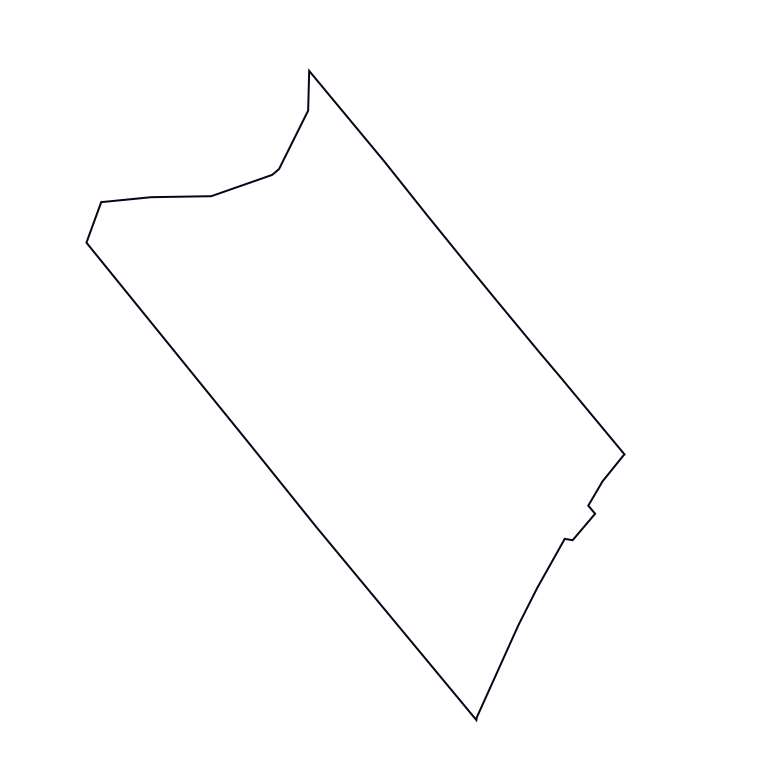 Porter, Indiana, United States of America, rotated 141°
{"feature_id": "52423323B69237488577242", "entity_name": "Porter", "entity_type": "district", "adm_level": 2, "iso_a3": "USA", "parent_name": "United States of America", "parent_adm1": "Indiana", "projection": "mercator", "projection_center": [-87.097, 41.465], "detail": "fine", "context": "isolated", "style": "outline", "palette": "ink", "viewbox_px": 768, "rotation_deg": 141, "n_neighbors": 0, "source": "geoboundaries", "source_scale": "gbopen_adm2", "svg_char_len": 524}
<svg xmlns="http://www.w3.org/2000/svg" viewBox="0 0 768 768"><g transform="rotate(141 384 384)"><path d="M526.3,681.1L526.2,425.0L526.2,422.5L526.6,314.8L523.7,64.7L521.7,66.5L431.1,112.1L393.9,128.8L392.5,129.4L341.0,149.9L335.7,143.9L301.6,150.3L301.8,160.9L275.5,170.8L243.3,177.7L241.4,177.9L242.6,278.2L243.3,311.4L244.0,377.6L244.3,424.6L244.3,489.2L243.7,556.0L245.1,674.4L270.9,644.2L330.3,617.1L339.3,616.9L400.1,638.7L447.5,675.8L489.3,703.3L526.3,681.1Z" fill="none" stroke="#020617" stroke-width="2"/></g></svg>